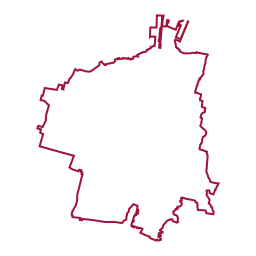 Kota Probolinggo, Jawa Timur, Indonesia
{"feature_id": "22746128B48742890195125", "entity_name": "Kota Probolinggo", "entity_type": "district", "adm_level": 2, "iso_a3": "IDN", "parent_name": "Indonesia", "parent_adm1": "Jawa Timur", "projection": "mercator", "projection_center": [113.213, -7.771], "detail": "fine", "context": "isolated", "style": "outline", "palette": "rose", "viewbox_px": 256, "rotation_deg": 0, "n_neighbors": 0, "source": "geoboundaries", "source_scale": "gbopen_adm2", "svg_char_len": 5830}
<svg xmlns="http://www.w3.org/2000/svg" viewBox="0 0 256 256"><path d="M207.8,54.8L206.7,54.2L203.5,53.9L202.4,53.5L198.7,52.9L196.7,52.2L196.4,53.1L194.4,52.8L191.7,52.9L190.6,53.3L184.0,53.3L180.9,52.0L179.5,50.9L179.7,49.8L179.3,49.5L178.6,49.4L178.4,48.8L177.5,48.0L176.9,48.1L175.9,47.0L175.9,45.3L175.6,43.8L174.7,41.2L175.3,39.5L179.9,41.5L188.2,21.5L188.0,21.4L180.5,39.2L175.9,37.2L180.9,25.2L180.3,24.9L179.7,26.4L178.5,25.8L179.2,23.6L178.5,23.4L179.2,21.7L182.5,21.1L182.7,20.7L179.1,21.5L175.7,29.7L168.2,26.7L167.0,25.2L167.2,22.7L168.4,22.7L168.7,20.5L168.0,20.4L168.0,20.2L167.0,20.2L166.4,26.4L166.2,26.5L163.6,26.3L162.8,26.1L162.2,25.6L162.6,20.7L163.6,15.6L163.3,15.6L162.4,20.6L160.5,41.0L160.3,43.3L160.6,43.6L160.7,44.3L160.4,47.9L159.1,47.7L159.5,43.7L159.8,43.4L159.9,41.5L158.7,41.3L158.8,40.1L160.0,40.1L160.2,39.6L160.4,38.7L159.3,38.6L160.2,28.4L160.3,28.1L161.4,27.1L162.0,20.5L162.0,15.6L156.9,15.4L156.5,27.4L156.3,27.6L150.5,27.4L150.3,27.5L150.0,36.8L150.3,36.5L155.4,36.7L154.6,45.9L153.8,46.0L153.4,45.8L153.0,46.4L152.6,46.6L151.6,46.7L150.6,47.0L150.6,48.4L147.4,49.6L147.6,49.9L147.0,50.3L146.0,51.7L142.6,52.2L142.5,52.6L140.9,53.0L139.9,53.6L139.8,53.8L138.7,54.1L138.6,54.5L137.8,54.7L137.3,55.0L137.1,55.4L137.7,56.5L136.5,56.2L135.2,56.5L134.5,56.5L133.2,57.1L133.2,58.7L130.9,59.5L130.7,58.7L128.6,59.0L128.4,58.1L127.2,58.3L126.5,58.9L125.5,58.4L123.7,58.0L122.5,58.2L122.7,58.7L119.3,59.0L119.1,58.1L118.4,58.1L118.4,59.1L117.2,59.4L116.7,58.9L114.9,59.7L115.0,61.3L113.8,62.6L105.8,64.2L105.7,65.2L104.6,64.9L102.5,63.0L101.7,61.5L99.6,62.5L99.2,65.3L98.6,65.8L90.5,71.5L88.2,71.6L86.3,71.4L79.8,69.6L77.4,70.7L75.3,69.1L73.9,71.8L73.1,74.2L70.3,78.3L69.4,78.9L67.9,83.1L65.0,82.5L63.4,88.5L63.4,89.4L61.9,89.0L62.7,85.4L58.9,84.6L56.9,89.9L44.7,88.0L43.5,93.3L42.8,95.7L41.7,95.5L40.6,100.1L44.3,100.9L48.9,105.3L45.9,115.9L46.1,116.2L46.2,116.6L45.7,119.1L46.1,119.9L42.6,127.1L38.4,125.8L37.7,127.1L37.4,128.5L40.9,129.3L40.1,132.6L41.0,133.0L41.8,133.6L43.1,134.1L39.6,146.3L73.9,155.8L69.5,167.5L70.3,167.8L70.8,168.4L72.9,169.6L74.2,169.9L78.6,171.4L79.0,169.8L81.3,170.2L81.0,171.9L82.1,172.2L81.5,174.0L82.6,174.3L82.5,174.9L81.7,177.0L79.1,187.8L77.3,194.5L77.0,201.4L75.6,205.7L73.3,209.7L72.7,211.3L72.4,211.3L71.8,213.0L71.9,213.7L71.7,214.7L71.7,215.0L72.5,215.1L72.4,217.1L80.2,218.0L79.8,220.0L82.0,220.2L82.2,218.9L92.4,220.0L100.6,221.3L106.3,222.1L112.9,221.9L116.5,222.2L120.5,222.9L122.3,222.9L123.9,220.7L124.6,220.2L125.9,219.8L126.3,219.3L126.4,216.8L127.0,215.1L126.9,214.1L127.0,213.5L128.7,211.7L128.9,211.1L128.9,209.4L129.2,208.7L129.5,208.6L131.2,206.9L133.3,204.2L133.7,204.3L137.5,205.8L137.1,209.4L138.2,209.8L138.4,210.8L137.9,211.9L136.6,211.4L136.3,212.5L137.0,212.8L137.6,212.2L138.2,212.6L137.9,213.8L136.6,213.4L136.2,214.8L135.3,214.5L134.9,215.8L134.3,215.7L132.9,220.2L133.8,220.4L133.5,221.6L132.5,221.3L131.3,225.4L132.4,225.8L132.1,226.6L133.7,227.3L134.0,226.4L136.9,227.3L136.8,227.8L137.0,228.0L138.8,228.4L139.0,227.7L141.0,228.2L142.5,228.9L140.4,232.8L147.8,236.1L149.7,236.6L149.7,237.7L151.3,238.6L154.9,240.0L155.9,240.6L156.9,239.5L157.3,239.6L158.0,240.4L158.7,240.6L159.6,240.1L160.7,239.9L161.0,239.7L161.0,239.4L160.8,238.7L160.1,237.9L158.7,237.0L158.4,236.6L158.2,236.2L158.4,235.7L158.6,235.6L160.6,236.0L161.0,235.8L161.0,235.4L159.1,234.3L158.7,233.9L158.7,233.5L159.0,233.1L159.6,233.0L160.9,233.1L161.8,232.9L162.7,232.2L162.6,231.9L160.3,230.9L159.9,230.2L160.1,229.9L162.1,228.4L162.6,227.8L162.8,227.3L163.2,225.4L163.6,224.8L167.1,220.8L169.1,219.7L170.2,219.8L170.7,219.4L171.7,219.1L172.5,219.7L172.7,221.0L173.2,221.4L175.7,222.1L176.5,222.6L177.3,222.5L178.0,221.9L177.6,221.4L178.0,218.5L177.8,217.4L177.2,216.5L176.9,215.6L176.5,215.3L175.4,214.9L174.6,214.9L174.1,214.6L173.6,213.9L173.6,212.9L173.2,212.4L173.2,211.7L174.1,210.8L175.2,210.3L175.4,210.1L175.8,208.8L176.5,208.6L177.1,209.2L177.7,208.8L177.7,208.3L177.2,207.3L177.4,206.7L180.0,206.5L181.3,205.3L181.8,203.9L181.8,203.2L180.2,201.8L180.1,201.3L180.2,200.9L181.4,200.9L181.8,200.6L181.9,199.7L181.8,199.1L181.0,198.7L181.0,198.4L181.1,198.0L181.6,197.7L182.1,197.6L183.0,197.7L185.7,198.7L192.0,199.9L195.2,200.7L195.5,202.1L197.2,202.9L197.1,203.7L197.2,204.2L197.7,204.6L197.7,204.9L197.3,206.1L198.0,210.0L205.3,210.4L206.1,211.8L206.2,213.1L213.3,214.3L213.7,211.9L212.7,210.5L212.7,210.0L212.1,208.2L212.2,207.4L211.2,206.9L210.9,206.4L210.8,205.5L210.1,204.3L208.7,203.5L209.5,200.7L209.4,199.4L206.5,194.7L206.9,192.9L206.6,190.7L207.5,190.3L209.3,190.5L209.7,191.7L209.6,193.2L213.4,194.4L214.5,191.3L215.5,190.0L215.1,189.6L215.2,189.3L215.9,188.7L216.7,187.2L216.8,186.7L218.5,183.9L218.6,183.4L217.6,183.4L211.6,182.3L210.3,181.7L210.4,181.2L209.9,180.4L209.9,179.8L208.6,177.8L208.0,176.6L207.9,175.5L206.8,173.0L206.3,170.2L206.8,168.1L206.7,166.2L207.0,164.7L206.9,163.0L207.2,161.9L207.4,158.8L207.7,156.9L207.4,155.8L207.6,155.7L207.6,155.3L206.6,152.7L207.1,151.9L206.7,151.5L204.0,150.8L202.4,150.0L201.4,149.9L199.6,149.3L199.5,149.0L199.8,146.9L200.3,144.6L200.8,144.2L201.0,143.5L201.8,142.8L202.1,139.7L203.0,137.0L203.5,136.5L204.8,136.0L205.5,135.2L206.4,132.6L205.4,130.5L202.1,127.7L200.3,126.0L201.4,122.5L202.0,118.4L201.0,117.9L200.8,117.1L200.6,117.1L201.6,113.7L203.3,112.7L204.7,112.1L205.1,111.0L204.7,110.5L205.4,108.2L201.8,106.8L202.5,101.0L200.6,100.5L200.7,100.3L199.9,99.7L200.1,98.2L200.4,97.6L201.1,95.4L201.1,94.4L196.7,92.8L195.3,92.8L195.7,91.3L195.3,91.0L196.6,87.1L196.7,85.8L197.4,85.2L197.7,84.4L197.6,83.3L198.2,82.3L199.0,80.0L199.3,79.0L200.0,79.3L200.3,77.7L200.7,77.4L200.9,77.4L201.3,76.9L201.8,75.9L202.3,75.6L203.6,73.8L203.2,71.7L203.3,71.1L203.8,69.8L204.3,67.9L204.6,65.2L205.4,63.0L205.5,60.7L206.4,57.1L206.8,56.7L207.8,54.8Z" fill="none" stroke="#9f1239" stroke-width="2"/></svg>